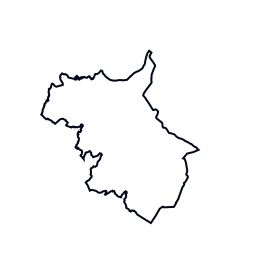 the district of Masyaf, Hamah, Syria, rotated 131°
{"feature_id": "27442178B31990643139600", "entity_name": "Masyaf", "entity_type": "district", "adm_level": 2, "iso_a3": "SYR", "parent_name": "Syria", "parent_adm1": "Hamah", "projection": "mercator", "projection_center": [36.393, 35.051], "detail": "fine", "context": "isolated", "style": "outline", "palette": "ink", "viewbox_px": 256, "rotation_deg": 131, "n_neighbors": 0, "source": "geoboundaries", "source_scale": "gbopen_adm2", "svg_char_len": 5910}
<svg xmlns="http://www.w3.org/2000/svg" viewBox="0 0 256 256"><g transform="rotate(131 128 128)"><path d="M172.6,185.7L166.4,185.0L165.4,184.6L163.7,183.2L163.5,182.5L163.0,179.9L163.5,179.6L163.3,177.5L163.3,177.2L163.9,176.8L166.1,176.7L166.7,176.2L165.3,172.5L164.8,171.8L164.7,171.1L164.4,171.1L163.8,170.7L163.2,170.6L162.0,168.8L162.4,168.7L160.5,166.6L158.9,165.6L158.5,164.9L157.6,164.7L157.6,165.2L156.6,165.6L156.4,165.4L155.8,165.5L155.6,165.3L155.9,164.2L155.7,163.8L156.4,163.3L160.2,162.8L160.7,161.6L162.4,161.4L163.0,162.2L163.2,162.9L164.8,162.5L165.1,161.7L165.4,162.0L165.8,161.9L166.1,161.5L166.3,160.9L166.7,160.8L167.7,159.8L167.7,158.9L168.1,158.4L168.2,158.0L168.5,158.0L170.0,156.7L170.4,156.7L171.2,156.8L171.4,156.8L171.8,156.1L172.1,155.9L173.6,155.8L174.4,155.9L174.9,155.4L176.7,155.2L177.2,154.6L177.0,153.2L176.9,152.9L176.7,152.9L176.7,152.7L175.8,153.0L175.7,152.3L176.1,150.9L176.0,150.1L175.7,149.6L175.6,148.5L175.4,148.0L176.1,147.0L178.4,145.7L179.3,145.8L180.0,145.7L180.1,143.7L180.4,142.3L180.3,141.8L180.5,141.1L179.5,142.0L179.2,142.1L176.7,143.0L175.8,143.0L174.8,143.7L173.9,143.6L173.1,142.8L172.2,142.3L170.5,141.8L170.9,139.5L171.3,139.0L172.1,138.6L172.3,138.2L172.5,135.5L172.8,135.0L170.9,134.0L169.1,132.8L165.6,132.7L164.9,131.3L165.5,130.1L166.2,130.3L170.3,128.5L173.3,128.7L176.8,126.8L178.9,127.3L179.5,128.9L180.6,128.7L181.3,128.7L182.2,129.4L182.9,129.4L183.8,129.0L185.1,127.4L186.5,126.2L187.7,125.8L188.1,123.8L188.9,123.3L190.6,123.4L192.5,123.2L193.5,123.4L194.9,124.1L195.7,123.9L196.8,124.2L197.8,120.7L200.3,115.7L199.0,115.4L197.4,112.9L196.5,110.9L196.2,109.1L196.3,108.4L195.8,107.3L195.2,106.7L193.6,105.5L192.1,105.4L191.4,104.6L190.8,104.1L190.2,103.9L189.9,103.3L190.3,102.4L193.3,101.7L193.0,101.0L191.7,100.9L190.1,100.1L188.5,99.8L188.3,99.7L186.7,99.2L185.8,98.4L185.7,98.4L185.9,97.8L184.7,97.1L185.4,95.4L186.0,94.9L186.0,94.7L186.1,91.8L186.3,91.1L185.8,89.7L184.9,87.8L182.5,88.7L180.0,88.5L179.2,88.7L178.3,88.5L177.8,88.1L177.3,88.2L177.2,87.1L177.8,86.5L178.0,86.8L178.5,86.8L178.9,86.4L179.6,86.2L179.8,85.5L180.4,84.9L181.1,84.5L181.6,84.1L182.5,84.0L184.2,84.1L184.6,83.2L185.2,82.8L186.0,82.7L186.5,82.1L187.3,79.5L188.0,78.2L189.4,77.1L189.0,74.4L189.0,72.5L189.5,72.4L189.4,71.2L188.0,71.0L187.4,70.7L187.0,69.3L186.5,69.2L186.4,68.3L186.4,67.4L187.2,64.1L186.2,57.3L184.7,48.4L174.9,49.7L168.3,51.1L164.8,50.3L164.4,49.9L164.4,49.2L164.2,48.7L157.4,41.6L153.0,42.4L152.9,42.8L149.1,43.3L137.1,48.0L133.9,48.4L132.7,49.7L131.5,49.3L126.3,50.3L125.2,51.2L124.9,53.5L121.5,55.1L116.0,61.7L114.2,65.0L114.8,66.5L108.5,66.6L103.5,63.0L98.2,60.4L98.2,62.5L97.8,63.5L98.4,65.5L98.6,67.8L98.5,69.7L99.0,70.6L99.3,72.9L100.3,76.3L100.4,78.1L101.1,80.5L101.3,81.2L102.4,83.1L102.7,86.5L102.4,88.0L102.4,88.8L103.8,92.1L104.3,92.8L104.8,94.2L103.8,97.1L103.3,99.1L103.7,100.4L104.6,101.6L104.6,102.0L103.9,103.2L102.6,104.4L101.7,105.9L102.0,112.7L101.7,113.6L101.0,114.1L98.8,114.5L96.1,115.8L95.6,117.1L95.6,118.6L96.0,119.5L97.1,120.3L97.6,120.3L98.0,121.0L95.8,128.1L94.4,133.5L93.9,134.8L93.5,137.8L92.0,138.7L87.4,139.3L78.4,139.9L76.2,142.1L72.3,145.1L66.2,147.4L63.7,148.1L62.9,148.8L62.0,151.6L61.1,155.7L60.4,158.0L59.5,158.9L55.7,159.8L55.9,162.7L58.8,162.4L61.8,161.2L64.9,159.6L68.7,157.3L69.4,157.1L70.7,157.1L72.0,156.6L73.8,156.3L75.6,156.7L78.1,157.4L80.1,158.5L82.4,159.4L84.4,159.7L85.9,159.7L87.1,160.0L92.2,160.3L95.0,162.7L97.1,165.6L100.6,168.6L102.2,170.8L103.4,173.1L103.8,177.5L103.7,179.7L103.3,180.9L103.4,182.3L102.9,183.3L102.0,184.5L101.9,185.2L102.3,186.1L105.5,186.1L106.5,186.3L107.8,186.9L108.7,188.1L113.7,186.6L114.0,187.5L114.4,187.3L114.7,187.5L114.9,187.3L115.2,187.5L114.9,189.5L114.7,190.0L114.2,190.6L114.4,191.1L114.8,191.2L114.8,191.5L115.1,191.6L116.0,191.8L116.5,191.8L117.0,191.9L117.7,192.9L117.7,193.4L117.9,194.0L118.2,194.2L118.4,194.6L119.0,194.7L119.1,195.1L119.4,195.1L119.9,195.2L119.5,195.9L119.8,196.3L120.1,196.4L120.6,196.2L120.4,195.9L120.4,195.7L120.8,195.5L121.1,195.7L120.8,195.8L121.0,195.8L120.9,196.2L121.3,196.6L120.9,196.8L121.8,197.3L122.7,197.1L122.9,196.4L123.4,196.4L123.6,196.6L123.6,197.2L123.2,198.2L122.7,198.3L122.5,198.8L122.8,198.9L122.6,199.2L122.7,199.6L122.3,200.1L122.2,200.5L122.5,200.5L122.5,200.8L123.6,201.0L123.7,200.6L123.7,200.2L124.0,200.4L124.3,200.3L124.3,200.0L124.6,199.6L124.8,199.0L125.2,199.1L125.4,198.9L125.6,199.1L125.8,199.4L125.5,199.6L125.2,199.6L125.2,199.9L125.5,200.1L125.5,200.3L125.3,200.3L125.5,200.6L125.5,200.8L125.9,200.9L126.2,200.7L126.2,200.9L128.9,205.8L128.8,206.8L128.6,207.0L128.2,208.0L128.1,208.7L128.5,210.7L129.4,211.3L129.4,211.7L129.7,212.1L130.0,213.5L130.7,213.4L132.3,213.6L133.8,213.0L133.8,212.8L134.2,212.1L134.9,211.9L135.8,210.7L136.4,208.6L136.6,208.4L136.5,208.0L137.2,206.5L137.7,205.9L138.3,205.5L143.9,209.2L144.3,210.6L144.3,211.3L144.0,212.1L143.9,213.4L144.1,214.1L144.3,214.1L144.3,214.3L144.8,214.4L146.7,213.5L146.8,213.4L148.6,212.7L149.8,212.6L150.2,213.3L150.5,213.3L151.5,212.4L151.8,212.3L152.0,212.0L153.0,211.5L153.1,211.2L153.3,211.2L154.1,209.9L154.4,209.5L154.8,209.4L154.8,209.2L155.1,209.0L155.2,208.8L155.5,208.6L155.9,208.5L156.1,208.7L156.9,208.3L157.2,208.3L157.3,208.4L157.9,208.1L158.0,207.8L158.3,207.8L158.4,207.5L158.9,207.2L159.1,206.7L159.7,206.6L159.6,206.3L160.2,206.3L160.3,206.7L160.6,206.5L160.8,207.4L161.5,207.1L162.7,207.0L163.3,206.8L163.5,206.5L164.1,206.8L164.6,206.8L165.1,206.5L165.2,206.1L166.1,206.0L166.2,205.8L166.6,205.6L166.8,205.3L167.4,205.1L168.9,204.8L169.5,204.4L170.2,204.4L170.7,204.1L171.3,203.5L171.7,203.4L171.8,203.1L172.4,202.8L173.2,202.8L173.7,202.1L174.7,202.3L175.1,197.1L175.0,196.2L174.9,195.4L174.6,195.4L174.5,195.0L173.6,194.8L173.4,193.6L173.5,193.1L173.0,191.8L172.7,190.2L172.7,189.8L172.9,189.5L172.7,189.0L172.7,188.0L172.8,188.0L172.5,187.3L172.6,185.7Z" fill="none" stroke="#020617" stroke-width="2"/></g></svg>